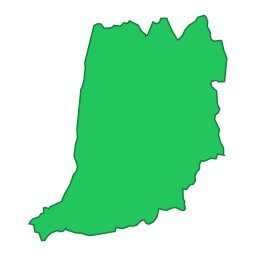 Naranjito, Puerto Rico (Equal Earth projection)
{"feature_id": "32010507B80614899484924", "entity_name": "Naranjito", "entity_type": "district", "adm_level": 2, "iso_a3": "PRI", "parent_name": "Puerto Rico", "parent_adm1": "", "projection": "equal_earth", "projection_center": [-66.251, 18.288], "detail": "fine", "context": "isolated", "style": "filled", "palette": "green", "viewbox_px": 256, "rotation_deg": 0, "n_neighbors": 0, "source": "geoboundaries", "source_scale": "gbopen_adm2", "svg_char_len": 1766}
<svg xmlns="http://www.w3.org/2000/svg" viewBox="0 0 256 256"><path d="M94.0,25.6L86.2,57.1L84.8,62.8L85.0,64.3L85.3,67.7L84.1,79.7L82.4,86.2L80.9,89.3L79.8,101.1L77.0,128.7L77.5,138.1L75.7,143.6L74.1,156.1L76.9,163.8L77.4,167.2L76.3,171.4L73.5,174.7L69.9,184.9L64.6,194.1L61.4,201.6L50.2,206.8L48.6,208.8L45.9,207.5L43.5,208.1L43.7,213.1L41.1,213.8L38.9,216.8L32.6,219.1L30.3,221.6L29.2,223.8L33.6,224.6L35.0,231.9L39.0,232.9L41.6,240.6L44.8,240.4L47.3,236.4L51.4,232.7L58.0,230.4L59.2,231.7L63.1,231.1L65.9,228.5L66.7,229.9L76.2,232.9L81.4,233.2L88.9,235.5L93.0,235.1L115.0,231.4L116.0,227.4L122.5,228.6L130.4,225.7L131.9,226.2L136.1,225.4L141.1,220.9L144.0,219.8L146.2,223.2L148.8,224.2L153.7,221.6L157.1,216.6L158.9,208.7L165.8,210.3L166.7,210.3L172.4,207.9L176.1,207.5L181.8,210.4L184.4,210.2L185.3,208.6L184.2,203.7L184.8,201.5L183.2,199.0L182.9,188.8L186.6,189.5L189.9,184.7L193.2,184.2L195.3,180.7L194.9,175.9L196.5,172.4L199.4,168.9L199.6,164.3L200.7,161.0L204.3,161.1L211.2,158.2L216.0,158.8L217.4,154.1L224.1,155.2L223.6,154.6L223.5,147.9L220.4,142.2L218.4,134.6L219.5,129.6L217.9,126.3L214.6,119.3L215.4,115.0L218.5,112.4L219.6,108.6L217.4,104.4L216.6,91.1L215.0,89.8L211.8,86.6L210.7,83.2L211.6,81.4L216.5,80.3L218.7,81.9L224.5,81.6L226.7,59.5L226.8,58.4L223.6,49.6L221.7,40.9L221.2,40.4L214.0,41.2L211.2,39.4L210.1,35.8L210.5,33.1L207.3,26.5L207.6,21.6L206.1,17.1L204.2,15.4L197.7,17.4L195.6,21.1L189.2,25.2L184.8,30.4L182.7,35.2L178.6,39.5L177.3,39.8L171.3,29.2L167.0,19.3L166.9,18.3L160.8,18.4L159.5,22.5L156.3,23.8L153.0,21.9L147.5,35.2L145.5,35.8L145.5,34.5L141.5,31.3L138.1,25.2L129.4,20.9L127.7,23.4L123.7,22.9L120.4,26.2L114.0,25.5L111.3,27.8L104.1,28.4L100.9,24.0L97.7,23.7L94.0,25.6Z" fill="#22c55e" stroke="#15803d" stroke-width="1.5"/></svg>